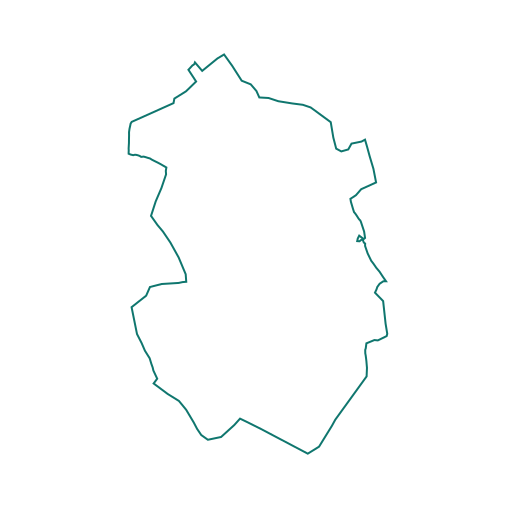 Miga, Jigawa, Nigeria (Albers equal-area conic projection), rotated 259°
{"feature_id": "59680162B14319741144045", "entity_name": "Miga", "entity_type": "district", "adm_level": 2, "iso_a3": "NGA", "parent_name": "Nigeria", "parent_adm1": "Jigawa", "projection": "albers", "projection_center": [9.714, 12.229], "detail": "fine", "context": "isolated", "style": "outline", "palette": "teal", "viewbox_px": 512, "rotation_deg": 259, "n_neighbors": 0, "source": "geoboundaries", "source_scale": "gbopen_adm2", "svg_char_len": 2158}
<svg xmlns="http://www.w3.org/2000/svg" viewBox="0 0 512 512"><g transform="rotate(259 256 256)"><path d="M349.4,385.2L348.2,381.4L348.1,371.2L343.0,366.9L342.4,359.7L346.1,355.2L357.5,354.5L373.1,354.9L391.4,338.0L395.5,330.8L398.8,320.8L403.7,307.4L408.7,298.5L411.0,289.5L417.9,287.9L425.5,283.6L430.8,275.4L439.9,271.8L447.5,268.8L450.5,267.4L452.5,266.5L459.9,263.1L457.3,255.9L448.0,238.5L457.7,233.0L456.2,232.1L455.6,231.2L455.3,230.1L451.7,225.2L438.7,230.5L431.0,218.7L426.1,205.9L421.8,204.2L411.4,159.6L409.9,158.2L407.5,157.2L405.0,156.1L401.8,155.0L398.6,154.4L394.9,153.6L391.0,152.8L385.9,151.5L383.9,151.2L381.8,150.7L380.7,150.5L379.5,152.3L378.4,154.7L378.5,156.2L378.3,157.3L377.5,159.1L376.5,160.8L375.2,162.2L375.0,164.7L374.0,166.7L373.0,168.5L372.0,170.5L370.4,172.2L368.3,174.9L366.4,177.4L364.7,179.5L360.0,184.9L356.7,183.7L353.3,183.3L340.7,176.1L328.8,168.0L315.4,160.6L305.2,165.2L297.8,169.3L285.6,174.5L269.3,179.8L251.5,183.5L244.0,182.6L244.4,178.9L244.3,175.0L246.5,158.1L245.8,146.0L238.0,140.6L229.5,124.1L202.1,124.3L192.4,127.1L184.2,128.9L175.9,132.1L170.1,132.7L166.3,133.3L163.2,133.4L154.4,135.6L150.4,131.2L137.4,143.0L128.4,152.7L118.4,158.1L104.5,163.1L97.5,165.2L90.7,168.1L84.8,173.7L85.0,187.2L94.2,202.4L99.4,209.3L95.3,214.8L85.4,227.7L52.1,269.1L56.8,281.5L74.8,298.1L80.2,302.6L116.7,341.6L125.1,343.6L127.1,343.8L131.7,344.3L134.4,344.5L137.5,344.7L139.6,344.7L143.0,345.3L144.4,346.1L149.2,347.7L150.9,356.2L149.9,359.5L152.3,368.4L152.5,369.0L154.6,370.0L164.9,370.3L187.5,372.2L197.3,365.8L200.2,367.9L202.5,369.2L205.2,372.1L206.9,376.2L206.4,378.8L211.6,376.5L217.0,374.3L221.5,371.8L226.1,369.8L229.3,368.2L237.2,366.1L245.0,365.0L247.0,365.4L247.4,365.5L247.9,365.0L248.7,364.4L249.8,364.2L251.6,363.9L251.8,362.5L250.7,360.4L251.3,358.2L253.7,359.2L256.3,361.2L253.8,363.4L253.2,364.0L252.1,365.0L252.9,366.5L259.4,366.8L269.5,365.5L271.1,365.1L272.0,364.4L273.7,363.6L275.3,363.0L277.0,362.3L278.8,361.5L280.4,360.6L283.8,360.2L291.1,359.5L294.1,359.6L296.6,365.7L301.5,372.0L305.3,387.9L319.1,387.9L332.4,386.6L341.8,385.9L349.4,385.2Z" fill="none" stroke="#0f766e" stroke-width="2"/></g></svg>